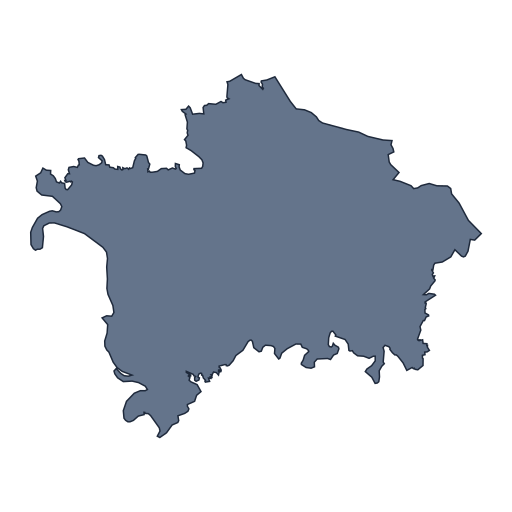 Faridpur, Dhaka, Bangladesh (Mercator projection)
{"feature_id": "16705992B67131385183639", "entity_name": "Faridpur", "entity_type": "district", "adm_level": 2, "iso_a3": "BGD", "parent_name": "Bangladesh", "parent_adm1": "Dhaka", "projection": "mercator", "projection_center": [89.785, 23.466], "detail": "fine", "context": "isolated", "style": "filled", "palette": "slate", "viewbox_px": 512, "rotation_deg": 0, "n_neighbors": 0, "source": "geoboundaries", "source_scale": "gbopen_adm2", "svg_char_len": 6039}
<svg xmlns="http://www.w3.org/2000/svg" viewBox="0 0 512 512"><path d="M367.8,136.4L358.7,132.1L346.4,129.5L322.5,123.0L318.7,120.5L316.4,116.9L311.3,112.6L304.5,109.8L296.2,108.9L290.3,101.4L274.9,76.8L266.8,80.0L261.4,80.9L261.1,82.0L262.5,84.2L262.2,86.9L263.4,88.3L262.8,89.4L259.0,85.6L259.1,83.6L255.6,83.4L245.1,79.7L243.4,78.3L241.4,74.5L229.7,81.3L227.0,81.8L227.9,84.5L226.9,96.6L227.1,97.7L228.9,98.8L225.7,100.1L226.0,102.3L222.9,102.7L221.0,101.5L215.8,104.3L208.6,103.6L206.7,105.3L204.5,105.5L203.1,107.5L203.8,113.9L199.4,113.4L192.6,114.2L190.2,107.8L188.6,106.1L185.9,109.3L181.4,109.6L182.3,111.3L186.0,114.1L185.1,114.7L187.4,122.1L186.9,128.9L187.7,130.2L187.2,132.9L188.0,135.3L184.5,139.6L185.8,141.0L186.6,145.2L186.1,147.7L191.1,150.6L198.9,156.7L201.9,159.8L203.1,162.9L202.7,166.4L201.6,168.3L194.0,168.6L193.9,169.7L195.0,170.4L194.5,173.1L188.5,174.3L184.9,173.6L180.2,170.0L179.1,166.8L179.3,164.7L175.4,163.5L175.3,166.4L176.2,168.5L175.5,169.1L172.4,168.0L168.2,169.9L166.5,168.3L161.3,168.6L157.4,171.4L152.6,172.2L150.2,172.3L149.4,171.1L147.9,171.8L147.7,169.0L148.4,169.2L149.8,164.1L148.5,162.5L146.8,156.0L145.7,155.0L139.4,154.3L138.1,154.4L135.3,157.6L135.7,158.3L134.4,160.8L132.7,167.7L130.4,168.5L129.5,167.9L128.7,169.3L127.0,167.9L124.9,168.7L122.8,167.7L123.0,169.5L121.9,170.0L120.5,168.9L119.9,167.1L117.7,166.5L117.8,169.4L115.0,169.1L113.3,167.7L109.8,167.2L109.0,164.9L105.7,164.7L104.5,159.6L102.4,156.1L101.0,155.3L99.0,155.6L98.5,157.6L102.1,160.8L101.7,162.8L99.0,164.8L96.1,165.7L93.6,165.3L87.8,162.4L84.5,158.0L78.6,158.7L78.0,159.5L78.9,161.1L79.3,164.8L78.4,165.1L77.3,167.4L73.7,166.5L69.0,167.4L68.3,169.8L69.5,173.7L67.8,173.7L64.9,177.7L65.9,180.4L64.8,180.5L65.4,181.8L66.5,182.2L70.0,181.3L70.7,181.9L71.4,181.2L72.4,182.0L71.6,185.0L67.6,189.7L66.1,189.5L65.1,188.1L64.6,183.5L61.6,182.8L60.6,181.3L59.4,183.0L56.5,181.9L55.3,178.5L53.3,175.8L50.5,174.0L50.7,170.5L46.4,170.2L42.9,168.1L40.7,172.8L35.7,176.1L37.4,181.1L36.2,187.7L37.1,191.2L41.7,195.0L52.4,196.3L60.4,203.7L61.8,206.6L60.6,210.1L58.8,211.7L56.3,211.9L52.3,210.8L49.5,211.3L42.1,214.6L37.6,218.2L32.4,227.4L30.7,232.3L31.0,244.6L33.4,248.7L35.5,250.2L37.4,249.2L40.0,249.2L42.4,247.7L43.5,236.5L42.6,228.4L43.9,225.7L49.3,223.0L54.4,222.9L67.0,226.8L84.5,233.6L102.9,247.3L106.5,252.1L107.5,258.5L106.7,267.0L107.4,279.0L106.9,288.4L108.0,294.4L112.9,305.5L113.9,312.5L111.7,316.2L106.6,315.8L102.1,317.9L107.7,324.6L107.1,333.1L104.7,341.0L104.9,346.2L106.8,350.0L108.9,352.1L113.2,362.2L117.1,367.6L122.2,371.4L132.0,375.1L128.3,376.2L124.2,375.7L120.8,373.5L116.2,368.6L114.0,371.0L114.8,373.8L117.6,377.8L123.3,381.6L132.1,381.1L138.6,382.6L145.3,386.2L147.4,389.5L145.2,390.7L140.3,390.7L134.3,393.2L126.5,401.3L123.3,410.7L124.0,418.2L125.6,420.3L127.9,421.8L130.0,421.8L133.4,420.4L138.3,416.1L144.1,414.6L144.0,412.3L144.8,412.4L144.8,413.4L148.3,413.6L150.6,415.6L159.3,427.8L160.0,431.0L157.3,436.2L159.8,437.5L166.5,432.8L172.1,425.0L177.8,422.5L178.7,420.6L177.9,415.8L184.7,413.4L187.9,411.3L188.9,408.9L187.4,406.3L187.4,404.5L194.6,401.3L196.6,395.3L201.0,391.6L197.1,384.6L191.0,381.9L189.1,380.2L189.9,377.5L188.3,376.0L188.7,375.5L190.6,376.0L190.7,375.1L186.3,372.4L186.3,371.3L193.3,374.4L193.9,375.8L195.6,376.4L194.6,377.7L194.7,380.2L196.1,381.3L198.9,380.0L199.4,377.9L198.0,377.1L198.3,375.3L199.1,373.8L200.7,373.1L201.6,373.4L201.7,375.1L202.6,375.3L203.3,377.9L205.5,380.3L204.9,381.1L205.4,382.1L209.6,381.4L208.5,378.1L210.6,378.4L210.2,377.3L211.7,377.8L212.1,377.1L211.2,376.2L212.0,375.5L211.2,374.7L212.2,374.6L213.5,372.0L216.4,372.6L218.5,375.0L219.3,371.3L218.5,371.2L218.6,370.0L219.8,369.9L220.1,371.8L220.9,371.6L221.2,370.1L220.1,367.8L219.2,367.4L219.1,366.1L224.7,364.6L226.1,364.6L226.3,365.7L227.5,365.9L229.2,365.2L233.1,360.8L235.9,355.5L242.9,350.3L248.1,341.6L250.1,340.1L251.4,340.2L252.4,341.4L253.8,347.7L259.0,351.8L261.3,351.2L262.8,347.3L265.4,345.2L271.1,345.6L273.5,346.5L274.9,348.5L274.5,353.5L278.7,359.0L279.9,358.2L281.7,353.2L287.2,348.7L295.9,344.0L300.8,344.1L302.3,347.3L306.7,348.8L308.3,350.3L308.7,351.6L304.6,355.3L303.1,360.3L301.3,363.2L301.4,364.5L306.1,367.5L311.1,368.2L314.5,366.8L314.3,362.2L317.2,359.0L327.6,358.5L330.5,359.5L333.6,355.0L337.2,353.5L338.9,348.8L338.4,347.2L334.9,345.2L333.3,343.3L332.4,346.1L331.4,347.0L329.4,346.6L328.3,344.6L328.7,337.8L330.1,333.0L331.5,331.3L332.9,331.2L335.8,334.9L335.3,336.1L345.1,339.5L348.2,344.1L348.9,350.4L349.9,351.0L352.4,350.7L353.6,352.8L357.6,355.8L363.6,356.2L369.1,358.3L373.3,356.2L375.2,356.2L375.2,360.9L371.6,365.7L366.9,369.0L365.3,371.6L371.8,377.2L375.1,383.4L377.3,383.0L378.8,381.7L379.5,376.9L379.2,370.8L381.8,366.2L384.3,363.7L383.2,362.0L384.1,351.3L383.1,347.5L385.0,345.3L388.9,346.7L390.1,348.3L389.9,349.4L392.4,352.7L394.8,354.9L396.3,354.9L397.9,356.3L403.1,362.9L406.8,370.4L412.1,367.5L413.4,368.7L414.2,368.2L415.0,369.3L417.8,369.8L423.0,365.5L423.1,358.7L422.5,358.2L422.4,355.3L425.0,354.7L424.7,352.1L427.1,351.9L429.4,350.4L427.4,347.2L427.5,345.4L426.8,345.5L426.9,343.7L423.1,343.4L422.6,339.8L419.0,340.7L418.5,340.4L419.1,339.9L417.8,339.9L417.5,339.2L420.8,330.1L420.0,326.6L423.3,320.5L424.5,320.6L426.1,317.0L428.7,315.9L428.5,314.9L425.0,313.0L424.9,309.4L425.8,308.7L425.3,307.5L426.2,303.8L426.1,303.1L425.1,303.0L425.1,301.9L435.5,295.2L434.4,294.2L428.8,293.4L426.4,294.8L423.4,294.6L429.6,288.9L430.7,286.0L435.0,280.8L435.1,279.8L433.7,278.3L434.7,275.9L433.5,276.0L433.4,277.1L432.7,275.8L432.3,274.4L433.4,272.9L431.7,270.0L431.9,269.5L432.9,269.9L433.7,265.1L434.9,263.2L442.3,262.0L450.8,256.9L454.9,249.7L461.5,256.1L463.5,256.9L465.3,256.1L468.0,251.2L470.3,239.4L474.7,240.1L481.3,233.6L468.4,220.4L459.1,203.1L451.6,193.9L450.7,188.5L447.4,186.0L436.9,185.8L429.2,183.5L421.2,185.6L417.7,187.9L413.7,188.6L411.0,185.7L400.0,181.3L393.1,179.7L399.0,172.5L390.7,164.6L389.2,162.0L388.2,154.6L393.8,151.9L393.0,148.5L391.0,144.8L392.0,140.6L383.0,140.0L367.8,136.4Z" fill="#64748b" stroke="#1e293b" stroke-width="1.5"/></svg>